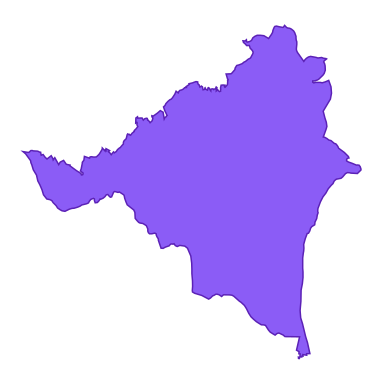 Xoxocotla, Puebla, Mexico
{"feature_id": "50627088B45118812748540", "entity_name": "Xoxocotla", "entity_type": "district", "adm_level": 2, "iso_a3": "MEX", "parent_name": "Mexico", "parent_adm1": "Puebla", "projection": "equal_earth", "projection_center": [-97.166, 18.63], "detail": "fine", "context": "isolated", "style": "filled", "palette": "violet", "viewbox_px": 384, "rotation_deg": 0, "n_neighbors": 0, "source": "geoboundaries", "source_scale": "gbopen_adm2", "svg_char_len": 5891}
<svg xmlns="http://www.w3.org/2000/svg" viewBox="0 0 384 384"><path d="M296.5,350.2L299.0,351.6L298.9,353.8L300.2,354.0L299.9,356.7L299.7,357.4L298.4,357.1L298.5,358.4L299.1,358.6L299.4,358.1L299.5,358.1L300.1,356.7L301.8,357.0L302.2,355.9L303.0,356.1L302.9,354.6L306.7,355.2L306.6,353.7L309.9,353.6L307.5,342.7L305.6,336.5L302.5,323.7L300.7,317.9L300.1,310.5L300.9,301.3L301.1,290.2L302.4,283.4L303.0,277.4L303.0,272.0L302.7,268.2L302.7,258.0L303.3,253.2L303.7,251.0L303.9,248.2L303.7,244.4L305.3,238.6L307.2,233.5L308.5,233.2L309.8,230.9L310.6,228.2L311.8,226.6L314.7,224.8L315.0,222.1L316.7,218.6L317.3,215.0L318.1,212.8L317.7,211.2L317.9,208.6L320.4,201.9L323.0,196.8L325.8,193.2L328.3,188.7L331.3,185.2L333.0,183.6L334.0,181.4L334.7,180.5L336.3,179.2L341.0,178.3L342.6,177.0L345.5,173.6L347.4,172.6L349.8,172.8L350.8,173.1L357.4,173.5L360.9,170.1L361.0,169.1L360.2,166.7L359.1,165.2L357.5,165.0L356.4,165.1L352.1,163.3L348.4,162.0L346.6,160.9L346.6,159.6L347.0,158.8L348.1,158.1L348.9,158.0L348.7,157.2L348.3,156.4L344.4,152.5L338.6,148.2L337.9,146.5L336.4,144.4L335.7,143.8L334.3,143.4L331.0,140.6L328.8,140.0L326.9,138.5L324.7,137.3L323.3,137.0L326.1,129.2L326.9,126.4L326.3,122.2L324.9,117.9L323.2,111.2L330.4,99.1L331.5,93.2L331.0,86.8L328.7,80.4L325.2,81.9L322.2,82.8L320.3,82.4L315.6,82.4L313.8,82.9L312.7,82.2L312.8,80.9L314.5,80.9L317.4,80.0L318.9,79.1L323.1,75.0L324.2,73.4L325.3,70.2L325.1,65.8L324.6,63.7L323.7,61.9L324.3,60.7L326.6,58.9L326.1,58.6L323.4,58.2L321.6,57.5L317.9,58.0L316.1,57.4L310.6,56.4L308.4,57.0L306.4,58.3L305.0,59.7L303.8,61.4L297.5,52.5L296.8,51.1L296.4,49.7L296.4,48.3L296.8,44.4L296.8,41.8L296.2,40.0L296.0,38.0L296.0,36.3L294.7,32.7L293.6,30.9L291.4,29.1L289.8,28.3L287.7,28.0L286.6,27.5L284.6,25.4L283.5,27.1L282.8,27.4L279.4,26.8L276.5,26.1L274.9,26.4L274.2,27.3L273.5,28.9L272.9,30.5L272.6,32.3L271.5,34.3L268.6,38.5L263.9,35.7L260.5,35.3L257.1,35.3L254.7,36.4L252.8,37.9L251.7,40.1L250.7,41.0L249.4,41.6L247.2,42.1L246.6,41.5L246.4,39.8L245.0,41.0L243.0,40.8L243.5,42.5L244.8,43.5L246.7,45.6L249.3,45.5L250.3,48.5L251.3,49.3L252.4,50.7L253.1,52.1L252.9,53.5L250.5,58.0L248.2,59.2L245.4,61.5L244.0,62.1L242.1,63.7L239.0,64.9L236.7,65.5L235.1,68.1L234.9,69.6L231.5,73.5L230.8,73.8L226.1,74.0L227.5,78.8L228.1,79.4L227.6,80.2L227.9,80.5L227.7,81.2L227.5,84.3L227.2,84.9L225.4,87.0L225.0,87.3L224.6,86.9L224.4,86.2L224.9,85.2L223.1,85.0L221.1,85.2L220.5,88.1L220.8,89.1L220.5,89.8L220.6,91.2L219.5,91.6L218.3,90.7L217.7,89.7L216.3,90.9L216.4,89.3L217.0,87.7L216.2,87.0L215.3,89.0L213.4,89.1L213.4,89.3L212.9,88.9L211.9,88.9L210.9,89.3L210.8,90.9L210.4,90.4L210.0,89.2L209.8,89.2L208.9,87.8L208.6,87.6L208.0,87.9L207.6,90.0L207.4,90.2L205.7,89.1L205.1,87.8L204.8,88.1L204.9,89.3L203.1,89.8L202.4,86.8L201.9,86.6L201.5,86.1L199.9,87.0L199.1,84.8L198.3,84.4L197.7,82.8L197.7,81.9L196.0,81.6L193.9,82.3L192.8,82.8L189.0,83.7L189.3,84.4L186.0,86.7L186.4,87.5L184.6,87.7L183.4,89.0L181.5,90.0L180.0,90.3L178.9,91.4L178.2,92.9L176.1,91.2L174.8,94.2L172.5,97.7L171.3,99.1L169.9,99.7L167.9,101.4L165.9,103.6L165.0,105.5L163.5,106.9L164.8,110.7L167.1,115.5L166.5,116.0L166.2,116.7L165.0,117.4L164.2,119.0L163.1,112.2L160.3,110.6L157.3,113.2L153.2,116.1L151.9,115.7L151.9,116.8L152.9,118.0L152.2,120.7L150.1,122.7L149.4,121.6L147.8,119.8L147.6,119.9L147.3,118.5L146.8,118.2L145.3,118.5L144.6,118.8L143.3,120.1L142.1,118.0L137.7,118.1L137.5,116.8L135.9,118.0L135.7,123.1L136.9,122.4L137.2,122.9L136.9,124.7L137.8,126.6L136.0,128.9L134.5,130.3L133.9,131.4L134.1,131.6L132.1,133.2L130.6,135.2L129.3,134.4L129.1,134.7L127.7,133.9L127.2,134.6L126.2,138.7L124.3,140.5L123.7,141.4L123.4,142.4L123.3,144.1L122.2,145.2L120.1,147.7L119.5,147.9L117.5,149.6L116.3,151.5L114.3,152.8L113.5,151.9L111.2,154.7L109.9,152.9L108.4,151.7L109.6,150.6L106.1,148.7L106.0,150.5L105.3,149.7L104.9,150.1L104.9,150.8L102.3,148.0L102.2,149.2L100.5,152.1L99.0,154.4L96.4,156.9L94.0,157.1L91.2,156.7L90.0,157.0L89.6,158.2L84.4,156.4L83.9,160.2L82.3,162.3L82.4,162.7L81.2,168.9L80.4,170.9L83.1,173.1L82.8,174.6L81.8,175.0L81.3,174.8L81.0,173.5L76.4,170.6L69.9,165.8L70.1,165.1L66.3,164.3L63.6,160.4L60.2,162.1L58.7,164.6L54.8,157.7L53.2,159.9L52.9,158.6L51.2,155.7L47.0,159.0L45.0,157.1L43.1,154.5L41.2,155.2L40.6,152.2L39.9,152.3L38.3,151.4L37.2,151.1L33.3,150.9L32.1,150.5L30.8,150.6L29.2,152.2L28.0,152.4L23.0,151.6L25.6,153.8L30.6,160.7L30.9,162.7L31.8,164.8L33.3,169.8L36.5,175.1L37.8,180.9L39.9,184.9L42.0,189.8L43.5,194.8L46.8,199.0L50.1,199.7L51.9,200.7L53.1,202.6L56.1,205.6L57.6,208.0L59.9,209.6L62.0,210.8L65.0,211.3L69.3,209.2L71.9,208.4L74.2,208.2L77.8,207.1L80.2,206.1L81.7,205.0L86.8,203.7L88.5,202.9L89.3,201.3L90.8,199.4L93.4,198.4L94.4,198.9L94.4,200.6L95.2,202.8L97.4,202.5L98.9,200.9L100.1,199.0L100.6,199.3L103.1,198.2L105.0,196.6L106.3,194.8L107.8,194.5L109.0,196.0L110.3,197.2L111.6,196.9L113.6,192.2L114.7,191.5L118.0,192.4L119.4,192.0L123.1,194.4L124.1,195.3L124.7,198.3L125.9,201.7L127.2,204.8L133.8,210.0L134.9,212.5L135.2,218.4L137.1,220.7L138.7,222.4L139.9,223.0L142.9,223.5L146.3,225.6L147.8,228.9L147.8,231.1L148.4,232.7L149.5,233.8L151.8,233.8L154.8,233.1L156.2,233.9L156.3,235.2L157.1,237.0L158.3,238.8L158.4,240.4L161.1,248.3L162.0,248.2L163.0,248.4L165.4,247.1L169.2,245.8L170.5,244.2L172.0,243.9L173.0,244.2L174.0,243.7L175.3,245.6L177.2,246.5L179.8,245.4L184.8,246.1L187.5,248.2L190.8,256.0L191.7,263.2L191.9,269.2L191.9,273.6L192.5,280.9L192.6,286.3L192.3,290.4L192.5,292.0L194.7,293.3L201.7,295.4L208.7,299.1L210.5,298.0L212.7,295.8L213.7,295.5L215.9,294.2L217.1,294.2L219.2,294.8L221.6,296.5L223.5,294.8L229.6,294.9L232.0,295.2L233.9,296.3L239.5,301.3L240.8,302.1L244.4,305.4L246.5,308.7L248.7,313.2L251.0,316.8L253.6,319.3L256.4,321.7L261.3,324.8L263.8,324.9L265.5,325.4L268.5,330.1L270.2,332.1L273.2,334.0L275.1,335.1L277.0,333.5L278.9,333.0L283.1,335.0L285.0,336.6L299.6,336.8L296.5,350.2Z" fill="#8b5cf6" stroke="#5b21b6" stroke-width="1.5"/></svg>